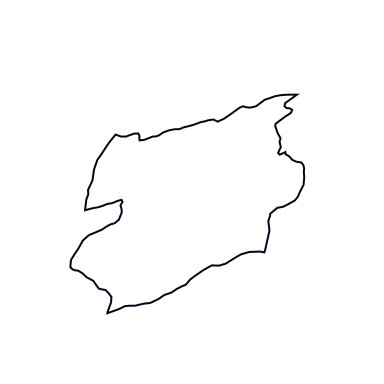 Arvidsjaur, Norrbotten, Sweden (Robinson projection), rotated 143°
{"feature_id": "70781695B53013800846692", "entity_name": "Arvidsjaur", "entity_type": "district", "adm_level": 2, "iso_a3": "SWE", "parent_name": "Sweden", "parent_adm1": "Norrbotten", "projection": "robinson", "projection_center": [19.19, 65.668], "detail": "fine", "context": "isolated", "style": "outline", "palette": "ink", "viewbox_px": 384, "rotation_deg": 143, "n_neighbors": 0, "source": "geoboundaries", "source_scale": "gbopen_adm2", "svg_char_len": 2079}
<svg xmlns="http://www.w3.org/2000/svg" viewBox="0 0 384 384"><g transform="rotate(143 192 192)"><path d="M49.6,206.6L51.8,208.3L58.1,212.9L63.5,216.3L66.7,217.9L68.0,218.5L74.9,220.7L78.5,221.9L83.0,221.9L89.0,221.9L91.4,222.8L95.6,224.9L98.0,227.5L99.8,229.9L103.7,230.7L115.1,230.9L122.6,231.3L129.2,232.8L131.3,237.0L135.8,239.5L139.5,240.8L143.1,242.6L149.7,244.5L154.8,246.5L159.9,248.7L164.1,249.7L168.3,252.7L173.5,255.2L179.2,256.9L184.3,257.1L187.3,258.1L190.0,259.9L194.3,261.1L198.8,262.4L202.7,264.7L201.8,266.6L200.3,268.3L199.7,271.0L202.4,273.1L206.9,274.7L211.2,275.9L215.4,279.1L217.2,281.9L218.4,283.8L218.5,283.8L226.6,281.9L231.4,280.4L242.5,276.4L247.7,274.8L248.3,274.6L256.5,269.1L260.7,265.0L264.4,261.2L273.8,256.2L276.2,252.6L280.9,249.6L288.4,241.8L283.6,239.9L280.2,238.4L276.4,236.4L272.3,234.9L267.1,233.5L262.3,231.1L256.5,229.6L253.1,228.2L253.4,226.0L257.2,224.3L258.2,221.4L260.2,218.1L267.0,213.9L272.5,213.6L276.6,215.2L281.4,215.9L286.2,216.1L291.0,217.2L297.5,218.9L300.9,219.6L308.5,218.9L312.2,217.2L317.3,215.0L323.8,212.8L329.6,210.5L334.4,205.2L334.0,202.5L334.0,202.1L332.6,199.9L330.2,197.6L328.4,192.9L327.4,187.2L324.3,180.5L324.6,170.9L322.9,168.9L320.0,165.7L319.5,161.0L319.5,156.7L323.0,152.6L331.4,147.1L332.5,146.1L320.9,142.5L314.3,141.2L311.1,139.3L305.8,135.4L297.6,131.8L292.3,128.6L283.4,126.7L276.1,126.4L269.2,124.1L262.2,123.7L257.0,122.8L252.9,121.7L246.0,123.2L239.9,123.2L230.2,122.8L220.4,121.5L214.7,116.9L208.2,114.5L198.5,113.7L190.8,112.8L187.6,111.7L182.3,109.6L173.8,103.7L170.5,100.2L167.7,102.3L160.5,108.5L153.4,114.5L148.5,122.9L144.2,125.8L142.5,127.6L133.4,128.0L127.9,125.3L120.8,124.1L115.1,123.4L110.5,124.4L107.1,126.4L98.5,130.7L93.6,136.1L90.7,140.6L88.1,143.5L86.9,146.5L86.9,149.7L90.6,153.6L92.6,157.4L92.9,161.9L94.5,165.7L93.4,167.7L96.5,168.3L99.4,169.0L99.7,171.4L95.6,173.6L94.2,174.2L91.9,179.3L89.0,181.6L88.1,187.7L85.8,194.7L84.0,196.2L72.3,196.1L65.4,195.6L62.5,197.4L63.6,200.0L65.9,202.0L66.5,204.9L64.1,206.9L49.6,206.6Z" fill="none" stroke="#020617" stroke-width="2"/></g></svg>